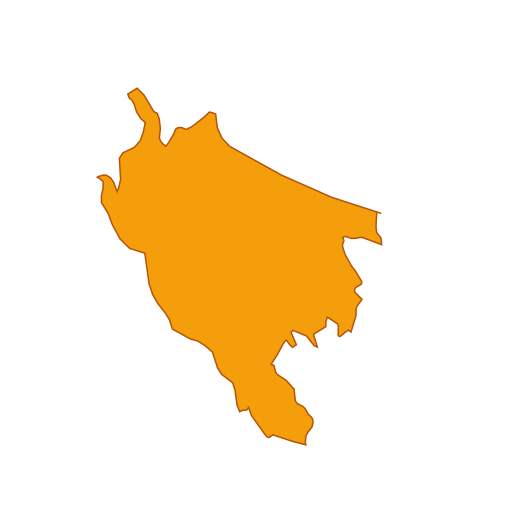 map outline of Zuid-Holland (Natural Earth projection), rotated 73°
{"feature_id": "NLD-3485", "entity_name": "Zuid-Holland", "entity_type": "Province", "adm_level": 1, "iso_a3": "NLD", "parent_name": "Netherlands", "parent_adm1": "", "projection": "natural_earth1", "projection_center": [4.558, 51.987], "detail": "fine", "context": "isolated", "style": "filled", "palette": "amber", "viewbox_px": 512, "rotation_deg": 73, "n_neighbors": 0, "source": "natural_earth", "source_scale": "10m", "svg_char_len": 2293}
<svg xmlns="http://www.w3.org/2000/svg" viewBox="0 0 512 512"><g transform="rotate(73 256 256)"><path d="M134.2,384.7L133.9,383.2L133.9,378.9L134.8,375.7L138.6,372.3L143.7,370.6L153.8,370.0L150.7,367.4L143.2,363.1L122.6,358.1L118.4,353.1L116.5,340.5L111.6,332.7L104.4,327.5L96.1,322.9L90.5,326.2L83.0,328.1L75.3,328.1L69.6,329.4L68.5,330.9L66.4,331.2L63.6,331.2L60.8,320.6L69.5,316.0L88.0,311.5L90.6,308.8L96.3,308.4L106.2,310.2L114.4,313.7L115.7,313.9L117.9,313.7L120.9,312.7L124.6,310.2L122.3,306.7L114.8,298.5L112.8,297.2L111.1,295.6L110.5,293.3L111.1,290.3L112.5,288.2L113.9,286.8L114.5,285.5L113.6,279.7L108.0,264.9L104.7,258.5L106.4,255.6L108.4,253.1L122.1,255.5L133.6,254.0L143.7,248.9L185.9,208.2L222.0,166.5L251.9,123.8L249.2,127.7L262.1,132.3L263.8,132.8L269.1,133.7L275.2,131.2L281.9,132.5L269.5,148.7L269.1,149.6L268.7,151.2L268.4,154.8L267.0,159.9L263.3,164.8L263.7,167.6L267.0,167.4L269.9,169.6L271.3,170.2L273.4,170.5L280.6,170.3L293.2,167.7L299.5,165.3L311.5,162.3L313.0,163.1L313.8,163.6L315.1,169.2L316.1,171.0L319.2,172.2L328.5,167.3L332.4,172.6L333.8,174.3L335.6,175.7L342.1,177.7L356.5,187.4L353.9,189.2L355.1,193.3L356.9,197.5L357.4,198.8L357.4,199.7L356.7,200.3L355.5,200.6L350.6,198.8L349.2,198.5L348.1,198.1L347.2,197.6L345.6,197.8L344.2,198.2L337.1,204.1L335.3,205.7L339.4,208.5L343.9,209.8L347.7,223.9L361.0,224.0L358.9,226.5L347.3,231.1L337.9,242.4L339.2,244.8L352.7,243.3L354.0,247.9L350.3,249.8L348.2,250.6L346.2,251.0L345.3,252.2L348.0,255.8L357.4,265.3L363.9,273.2L365.9,270.8L372.6,271.2L375.6,270.2L383.9,263.4L393.3,259.1L393.9,258.5L406.2,260.7L409.2,259.7L413.4,255.3L416.1,253.7L422.8,252.2L425.4,250.6L428.2,249.5L432.2,250.2L435.9,252.5L439.9,258.1L442.7,260.8L448.3,263.2L451.2,263.5L443.8,275.5L442.5,277.3L432.1,292.0L432.6,294.2L433.2,295.9L433.2,297.0L432.9,297.8L429.9,299.4L407.2,307.0L398.6,307.4L400.5,309.7L400.5,310.4L399.7,313.5L400.1,317.2L393.1,317.7L378.0,315.3L370.4,315.4L359.0,323.6L351.6,325.5L335.3,325.7L326.9,330.9L320.4,336.4L316.2,343.0L301.4,357.3L292.0,357.4L285.2,359.0L273.0,363.7L262.7,366.1L251.4,366.4L220.8,361.5L211.8,374.6L200.2,380.9L184.3,384.2L172.1,385.0L159.9,388.1L159.7,388.2L153.0,386.1L146.7,382.5L140.1,380.4L135.1,383.8L134.3,384.6L134.2,384.7Z" fill="#f59e0b" stroke="#b45309" stroke-width="1.5"/></g></svg>